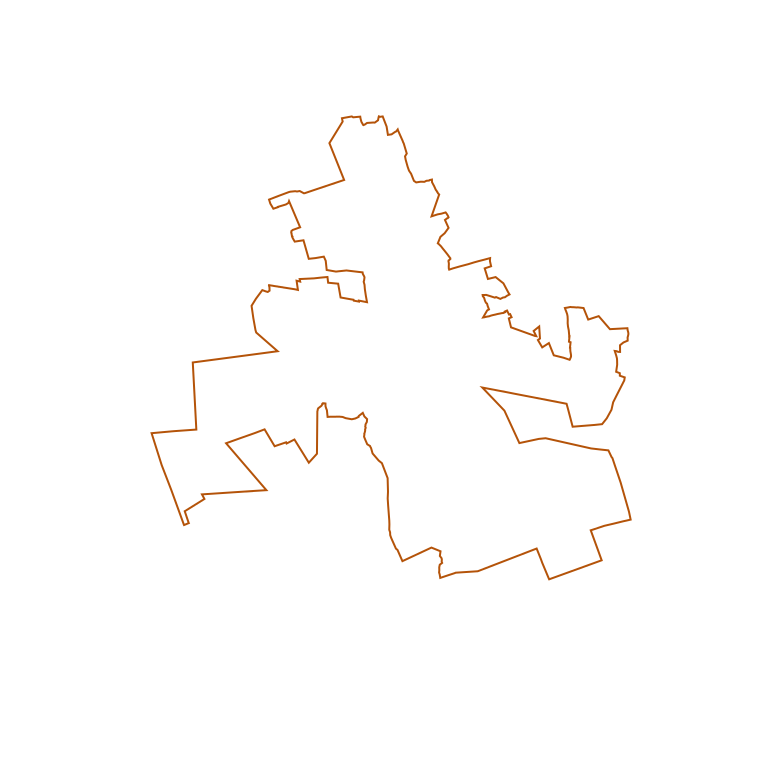 outline of Ticul, Yucatán, Mexico, rotated 333°
{"feature_id": "50627088B40370346944296", "entity_name": "Ticul", "entity_type": "district", "adm_level": 2, "iso_a3": "MEX", "parent_name": "Mexico", "parent_adm1": "Yucatán", "projection": "equal_earth", "projection_center": [-89.54, 20.365], "detail": "fine", "context": "isolated", "style": "outline", "palette": "amber", "viewbox_px": 768, "rotation_deg": 333, "n_neighbors": 0, "source": "geoboundaries", "source_scale": "gbopen_adm2", "svg_char_len": 5986}
<svg xmlns="http://www.w3.org/2000/svg" viewBox="0 0 768 768"><g transform="rotate(333 384 384)"><path d="M346.1,582.3L355.4,583.7L357.9,584.1L361.1,584.6L362.3,584.7L362.5,584.8L382.5,593.4L445.3,599.9L444.3,611.2L443.8,615.2L442.6,631.2L442.5,633.0L497.9,639.9L499.0,631.1L501.8,608.2L504.1,608.6L516.0,610.4L525.3,612.7L531.7,614.2L535.1,615.0L538.1,615.8L542.2,616.8L544.3,609.0L550.1,579.3L552.8,560.9L553.9,553.7L553.6,552.4L553.8,545.0L547.2,540.7L539.2,535.4L503.4,505.7L497.0,503.2L477.8,498.1L479.2,462.4L470.0,431.8L490.0,447.3L495.2,451.4L537.7,484.5L536.5,490.3L532.7,507.7L553.1,516.1L560.1,518.8L566.9,515.7L575.0,510.2L579.9,504.3L585.9,499.9L596.8,492.0L598.7,490.6L599.6,490.0L601.5,487.4L597.9,483.7L599.0,481.4L596.4,478.5L600.5,472.7L602.4,468.8L603.2,466.9L603.8,464.2L604.6,459.3L606.2,460.4L607.3,461.7L608.9,462.6L611.9,456.6L616.2,455.7L620.8,456.0L622.3,452.9L622.7,452.6L624.2,450.8L624.8,449.7L625.3,447.9L625.4,447.0L626.2,444.8L610.2,437.7L606.1,421.0L595.2,419.3L596.3,406.9L591.5,403.7L590.4,403.3L588.2,401.9L585.7,400.5L585.1,400.0L581.5,399.0L581.1,398.8L580.3,398.6L579.7,398.4L579.6,399.0L579.4,400.3L579.3,401.9L578.9,404.9L578.3,407.0L577.0,409.9L575.2,413.3L574.0,416.4L573.0,420.0L571.0,425.0L570.6,425.7L570.9,425.8L568.0,430.3L569.2,431.5L566.1,436.2L566.3,436.5L566.2,436.6L565.0,439.2L564.2,441.8L563.7,443.3L563.0,444.6L560.6,446.6L560.4,446.7L555.9,442.1L548.3,435.5L549.5,422.4L541.6,423.2L541.1,414.7L543.6,414.3L548.4,403.2L541.4,404.7L541.4,410.5L540.7,410.0L540.5,409.9L540.4,409.8L522.9,391.2L525.0,382.2L528.0,382.4L528.1,379.0L526.9,378.8L527.0,374.4L524.5,374.3L524.5,375.0L522.6,374.9L522.2,374.8L521.9,374.6L520.6,374.2L519.4,373.9L517.0,373.2L514.8,372.7L512.5,372.1L510.3,371.6L508.4,371.4L506.6,370.8L504.3,370.2L503.7,370.1L502.5,369.7L509.3,365.3L510.3,365.2L511.4,365.2L511.8,361.5L512.3,359.2L511.7,357.8L511.8,355.4L512.2,353.5L512.3,352.5L512.1,351.4L511.9,350.7L512.3,349.5L515.6,351.1L519.3,354.7L522.0,357.4L523.3,357.4L526.3,361.0L529.3,361.0L531.2,361.6L533.6,361.2L536.5,361.2L536.3,358.9L536.1,348.5L534.9,345.9L532.0,339.4L524.3,337.6L526.2,326.7L532.9,327.7L533.8,324.1L534.1,322.9L534.4,322.2L534.9,321.3L535.7,320.0L529.1,318.6L524.2,317.5L519.3,316.5L513.5,315.5L505.2,313.7L498.0,312.3L494.0,311.7L494.2,310.5L495.2,308.4L495.8,307.4L496.4,306.3L496.9,304.9L497.1,304.0L497.4,303.5L497.7,303.2L498.2,303.2L498.9,303.0L499.3,302.9L499.7,302.8L499.7,302.6L500.0,302.4L500.2,302.1L500.1,301.7L499.9,300.5L499.7,299.3L499.4,297.4L498.7,293.9L498.3,292.0L497.9,290.2L497.3,287.1L496.3,284.1L495.8,283.1L501.1,278.5L506.5,277.2L512.4,274.2L512.8,265.5L514.5,265.2L515.3,265.0L516.0,265.2L517.2,264.8L517.3,263.0L517.1,260.6L516.8,259.1L512.5,258.3L508.8,257.2L502.5,256.2L512.7,246.4L519.2,240.2L518.9,239.4L518.7,238.5L518.7,237.1L518.5,236.6L518.6,235.8L518.3,234.5L518.5,230.6L518.4,226.0L519.5,223.6L517.2,223.0L516.5,223.2L514.1,222.2L511.8,222.2L508.5,220.4L504.2,219.0L502.9,216.6L503.6,208.9L503.2,206.0L503.2,204.7L503.7,201.1L505.1,194.1L506.1,190.7L508.9,189.0L510.8,178.6L510.8,177.2L511.0,175.8L511.6,164.5L511.8,163.4L509.5,164.5L508.5,164.4L504.1,165.0L500.6,163.8L503.2,155.8L504.3,145.0L501.6,144.1L501.0,143.2L500.5,143.6L498.4,146.3L494.5,146.9L492.6,145.9L487.4,143.7L484.7,144.1L483.2,144.0L483.0,143.6L483.0,142.3L482.9,140.1L483.6,136.8L484.2,135.0L479.4,133.1L477.6,132.4L476.8,131.0L467.2,128.1L466.3,131.4L444.7,144.6L441.1,184.1L413.0,179.9L400.0,178.0L399.2,177.7L396.5,173.8L393.9,173.0L392.4,171.9L387.8,170.1L386.8,169.9L386.4,169.8L375.0,168.5L365.3,167.5L364.6,171.7L365.0,177.6L369.8,178.3L369.9,178.0L374.2,178.8L378.1,179.5L381.1,179.3L382.4,178.0L380.4,206.3L372.6,205.3L370.9,205.7L370.0,207.1L370.1,207.7L369.9,207.9L369.3,209.9L369.4,210.9L369.0,211.0L368.9,212.8L369.1,216.6L377.5,219.4L373.8,238.3L380.1,240.7L388.2,243.2L388.0,247.8L384.7,256.4L392.2,262.0L392.9,262.3L394.3,262.8L402.1,265.8L412.1,272.5L415.6,274.8L415.1,276.4L415.2,279.2L415.0,280.2L414.1,281.5L413.4,282.5L412.3,283.7L411.7,286.7L410.0,290.8L407.8,297.4L406.0,303.4L399.5,298.3L399.1,299.2L394.9,296.0L395.1,295.1L392.8,293.4L384.6,287.2L388.7,273.8L380.2,268.4L382.2,263.0L375.7,260.4L369.6,258.1L356.5,252.2L355.8,254.7L353.0,252.3L350.0,261.1L347.8,259.3L345.9,257.9L339.0,252.9L338.8,252.8L337.8,252.0L337.3,251.6L336.4,251.0L335.7,250.5L335.1,250.0L334.4,249.6L333.7,249.0L333.0,248.5L332.4,248.1L331.7,247.6L331.0,247.1L330.3,246.6L329.7,246.1L329.0,245.6L328.3,245.1L327.6,244.6L327.0,244.1L326.4,243.7L326.3,243.8L326.0,245.0L325.8,245.9L324.4,248.9L322.2,249.2L320.6,247.7L318.2,245.1L308.6,249.9L301.5,254.2L297.5,265.9L294.0,277.5L293.5,280.1L304.1,306.5L279.7,297.9L223.4,278.0L196.1,339.4L174.8,330.4L157.8,323.6L154.6,322.3L149.1,355.3L146.4,381.5L141.8,418.7L141.8,418.9L146.9,419.3L146.9,419.1L148.7,406.9L171.8,404.9L171.7,399.7L220.4,420.6L231.0,425.2L216.4,365.1L230.4,366.9L246.9,369.1L257.0,370.2L258.3,389.8L270.3,391.5L270.2,392.8L279.0,392.8L281.3,420.0L292.6,415.7L312.2,378.1L312.7,377.6L313.6,376.4L314.3,375.8L318.4,375.0L319.3,374.4L320.1,374.1L320.1,373.6L320.7,373.4L321.7,373.9L323.0,374.8L321.8,377.2L321.4,379.4L321.3,380.7L321.2,381.5L318.8,387.7L321.3,388.8L329.7,393.0L330.3,393.4L332.2,394.6L334.3,397.0L339.3,400.8L342.8,401.7L346.4,401.8L346.6,401.3L347.2,401.0L352.0,400.1L351.8,404.0L353.0,407.6L351.5,410.0L349.2,411.6L348.7,412.5L348.0,413.3L347.9,414.2L347.4,414.9L347.5,415.0L346.4,416.1L346.0,417.1L344.4,418.9L343.8,419.4L343.6,420.1L342.3,421.9L342.0,425.2L341.7,430.1L343.4,432.9L343.3,433.8L343.4,435.1L342.3,440.7L344.5,449.8L346.2,453.6L344.5,469.5L338.6,481.9L335.3,487.7L332.5,494.2L326.7,508.1L325.1,511.5L322.5,516.3L322.1,518.9L320.9,521.5L320.5,524.7L319.9,536.1L320.7,537.9L320.0,550.2L352.0,551.3L358.4,558.7L355.7,562.6L356.2,565.3L355.9,566.5L354.7,568.6L354.6,569.8L353.7,570.0L352.7,570.1L351.6,570.4L350.0,572.4L348.7,575.1L347.5,577.0L347.2,578.8L346.4,581.4L346.1,582.3Z" fill="none" stroke="#b45309" stroke-width="2"/></g></svg>